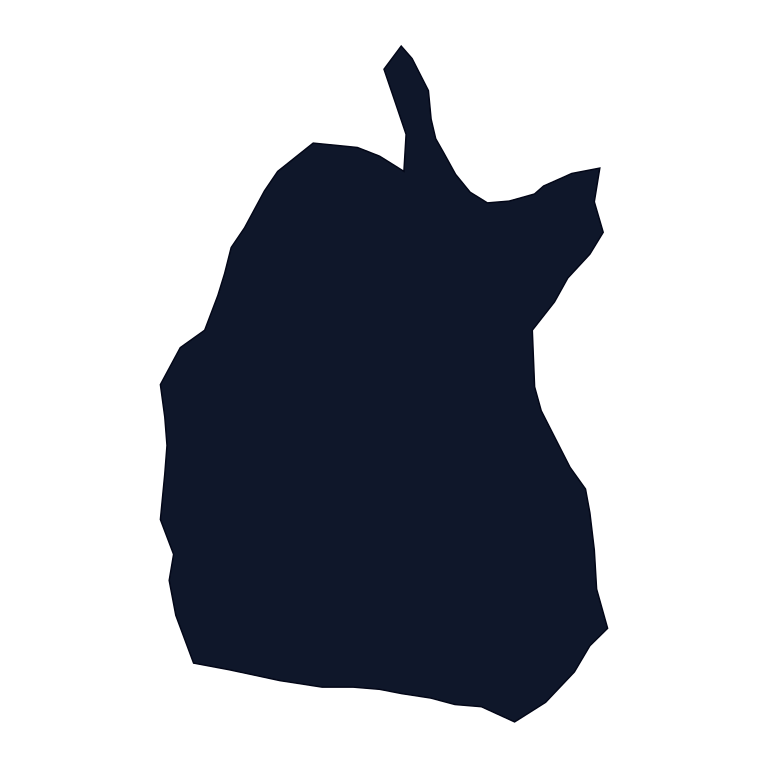 Gypsou, Cyprus
{"feature_id": "46923920B91151164993764", "entity_name": "Gypsou", "entity_type": "district", "adm_level": 2, "iso_a3": "CYP", "parent_name": "Cyprus", "parent_adm1": "", "projection": "robinson", "projection_center": [33.795, 35.283], "detail": "fine", "context": "isolated", "style": "filled", "palette": "ink", "viewbox_px": 768, "rotation_deg": 0, "n_neighbors": 0, "source": "geoboundaries", "source_scale": "gbopen_adm2", "svg_char_len": 954}
<svg xmlns="http://www.w3.org/2000/svg" viewBox="0 0 768 768"><path d="M401.2,46.1L384.0,69.2L395.1,101.8L406.1,134.4L403.9,171.4L379.6,156.2L357.4,147.5L313.2,143.1L277.7,171.4L264.4,191.0L244.5,227.9L231.2,247.5L224.6,273.6L217.9,295.4L204.7,330.2L180.3,347.6L160.4,384.6L164.8,417.2L167.0,445.5L164.8,473.8L160.4,519.5L173.6,554.3L169.2,580.4L175.8,615.3L193.6,663.1L229.0,669.7L279.9,680.6L322.0,687.1L353.0,687.1L379.6,689.3L401.7,693.6L430.5,698.0L454.9,704.5L481.4,706.7L514.6,721.9L545.6,702.3L574.4,671.9L589.9,645.7L607.6,628.3L596.6,589.1L594.3,550.0L589.9,513.0L585.5,489.0L570.0,467.3L558.9,445.5L541.2,410.7L534.6,386.8L532.3,330.2L554.5,301.9L567.8,278.0L589.9,254.1L603.2,232.3L594.3,201.8L599.8,168.1L571.7,173.5L559.9,178.8L543.6,186.0L534.5,194.0L509.1,201.1L487.4,202.9L470.1,192.2L455.6,174.4L443.8,153.0L435.7,138.7L431.1,119.1L428.4,90.6L418.4,71.0L412.1,58.6L401.2,46.1Z" fill="#0f172a" stroke="#020617" stroke-width="1.5"/></svg>